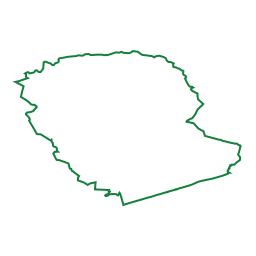 the district of Bilskas pag., Smiltenes, Latvia
{"feature_id": "27541924B86975259147781", "entity_name": "Bilskas pag.", "entity_type": "district", "adm_level": 2, "iso_a3": "LVA", "parent_name": "Latvia", "parent_adm1": "Smiltenes", "projection": "equal_earth", "projection_center": [26.046, 57.482], "detail": "fine", "context": "isolated", "style": "outline", "palette": "green", "viewbox_px": 256, "rotation_deg": 0, "n_neighbors": 0, "source": "geoboundaries", "source_scale": "gbopen_adm2", "svg_char_len": 5371}
<svg xmlns="http://www.w3.org/2000/svg" viewBox="0 0 256 256"><path d="M229.2,172.7L228.5,172.3L228.3,172.1L228.1,172.2L227.8,170.5L228.3,170.0L228.4,169.4L229.0,169.0L229.4,168.6L229.5,168.4L229.4,168.3L229.0,168.1L229.6,166.8L230.2,166.5L230.6,165.9L230.3,165.4L231.5,165.3L231.5,164.7L234.5,164.6L235.9,163.1L236.8,162.3L239.6,160.3L240.0,159.8L240.1,158.1L240.2,157.4L239.4,156.3L238.7,155.5L238.6,155.3L238.1,154.6L239.0,152.0L240.0,148.3L240.1,147.8L240.1,146.9L240.6,146.4L240.5,145.9L240.3,145.7L240.1,145.4L238.2,144.8L237.0,143.6L234.9,143.7L233.1,143.2L231.3,142.9L229.2,142.4L226.7,141.8L226.5,141.7L224.7,141.2L223.8,141.2L222.6,140.9L221.0,139.9L220.8,139.8L219.4,139.8L205.0,135.9L203.4,131.2L203.2,131.2L202.1,130.6L198.5,128.6L193.7,123.3L191.5,122.8L189.7,122.4L186.5,121.7L186.6,121.4L186.8,121.1L187.0,120.8L187.7,120.4L190.2,119.0L192.3,118.2L195.0,114.7L197.6,109.5L198.9,108.2L199.1,108.1L200.0,107.1L201.7,105.6L203.2,104.0L200.4,101.5L198.1,99.3L197.5,96.2L197.5,93.5L192.3,91.0L190.9,89.3L191.9,88.2L193.2,87.5L192.1,86.8L190.0,86.7L188.9,85.7L188.5,85.1L187.1,82.8L185.0,78.5L186.1,77.6L185.8,76.1L183.5,74.7L183.0,73.3L183.3,72.2L183.3,70.8L183.0,70.8L182.7,70.7L182.4,70.7L180.9,70.0L180.8,69.9L179.9,69.0L179.4,68.7L178.2,68.5L176.2,67.5L175.6,67.3L174.2,67.2L173.5,67.0L173.4,66.9L173.3,66.7L173.3,66.1L173.1,64.7L173.1,64.4L173.2,64.2L173.5,63.8L173.7,63.5L173.5,63.4L171.2,62.3L170.3,62.0L168.9,62.0L168.3,61.9L168.0,61.7L166.5,60.1L166.3,59.6L166.1,58.7L165.9,58.3L164.1,57.3L163.5,57.0L159.5,55.8L158.5,55.8L155.5,56.4L155.1,56.6L154.9,56.9L154.6,57.2L154.2,57.3L153.8,57.1L153.7,57.1L153.3,56.8L153.1,56.7L152.7,56.4L152.1,56.2L151.9,56.1L151.6,56.0L151.4,56.0L151.2,55.9L150.2,56.0L148.6,55.6L142.2,54.9L137.7,51.7L132.9,51.1L132.6,51.2L132.3,51.3L132.2,51.5L131.9,51.9L131.6,52.2L128.9,53.2L123.3,52.8L122.9,52.6L122.1,52.1L121.6,51.9L121.3,51.9L121.1,51.9L119.7,52.5L119.3,52.6L118.3,52.6L116.8,52.4L116.0,52.4L115.6,52.5L114.3,52.9L110.6,54.1L109.3,54.5L107.9,55.0L107.2,55.2L106.3,54.9L105.9,54.9L104.4,55.2L103.8,55.2L102.7,54.8L101.6,54.7L96.8,54.7L95.8,54.8L95.2,54.8L93.9,54.9L90.8,55.1L90.4,55.0L89.0,54.2L88.7,54.0L88.0,54.0L86.7,54.1L85.2,54.3L84.9,54.3L84.7,54.4L84.0,55.1L83.8,55.1L82.9,55.6L82.6,55.7L81.9,55.7L78.2,55.3L77.9,55.4L76.9,55.9L76.5,56.0L74.5,56.2L73.2,56.3L71.2,56.5L68.2,56.8L67.0,56.9L66.0,57.2L59.4,58.4L59.2,58.5L58.6,59.1L58.5,59.3L58.5,59.5L58.5,59.9L58.7,60.7L58.7,61.5L58.6,61.8L58.3,62.2L57.8,62.5L55.8,63.1L55.3,63.2L55.0,63.5L54.7,63.8L54.2,64.6L54.1,64.8L53.8,65.0L53.6,65.0L53.2,65.1L52.8,65.1L52.5,65.1L52.1,64.9L51.8,64.7L51.4,64.2L50.9,63.6L50.3,63.4L48.7,62.9L45.6,61.7L45.0,61.7L44.5,61.9L44.2,62.0L43.8,62.3L43.6,62.6L43.6,63.0L43.5,64.5L43.2,68.6L40.8,71.8L40.6,72.0L40.3,72.1L39.8,72.1L38.6,71.9L38.4,71.8L36.9,70.5L36.8,70.4L36.5,70.3L36.2,70.3L35.9,70.4L35.5,70.5L35.3,70.7L35.0,71.2L34.8,71.4L34.3,72.1L34.0,72.4L33.7,72.5L30.8,73.2L30.2,73.4L29.8,73.4L29.3,73.1L28.5,72.4L28.3,72.2L27.7,72.2L27.2,72.3L25.0,73.5L25.3,73.7L25.9,74.0L26.1,74.2L26.2,74.4L26.1,75.5L26.0,76.1L25.9,76.5L26.0,76.8L26.3,77.2L26.6,77.5L27.7,78.1L19.6,80.9L18.2,81.3L15.4,81.9L23.6,86.2L22.5,90.1L20.9,96.9L25.7,99.8L26.7,100.5L29.3,102.5L30.8,104.2L30.9,104.3L31.7,104.5L32.4,104.8L34.5,104.8L34.8,105.2L35.0,105.4L36.2,106.0L36.4,106.2L36.5,106.3L36.5,106.6L36.5,106.8L36.6,107.0L36.3,107.3L36.3,107.5L36.2,107.5L35.9,107.8L35.6,108.2L35.6,108.3L35.4,108.4L35.4,108.5L35.2,108.6L35.1,108.8L34.8,109.1L34.7,109.4L34.2,109.8L34.3,109.9L34.2,110.0L34.0,110.3L33.6,110.6L33.3,111.0L33.0,111.1L32.8,111.3L32.3,111.4L31.6,111.7L30.6,112.0L26.9,112.6L25.9,113.9L25.9,114.1L26.0,114.4L26.1,114.5L28.6,117.0L28.9,117.5L29.5,118.7L29.7,119.1L29.8,119.3L29.8,119.6L29.7,119.8L29.1,120.6L34.1,129.1L34.6,129.9L34.9,130.7L35.5,131.6L36.4,133.2L37.0,134.1L40.3,134.3L40.8,134.4L45.3,137.2L46.3,137.8L48.9,139.4L50.7,140.5L51.5,139.8L51.8,141.7L52.0,142.3L52.7,142.8L52.8,143.1L52.9,143.8L53.0,144.6L52.9,145.1L53.0,145.5L53.1,145.9L53.4,146.2L53.8,146.5L56.0,147.3L56.4,147.5L56.6,147.7L56.8,148.1L56.9,148.6L56.9,149.5L56.8,150.1L56.8,150.5L56.9,150.8L57.9,151.7L54.6,151.9L54.0,152.6L53.3,153.6L54.6,156.1L55.0,157.1L55.4,157.8L56.4,159.5L56.5,159.5L56.7,159.9L58.2,160.1L59.5,160.2L60.7,160.7L64.6,162.0L68.5,163.5L69.2,166.3L69.8,168.6L71.3,168.9L71.7,170.5L71.8,170.8L72.4,171.1L73.3,171.6L74.3,172.5L74.9,173.0L79.1,176.0L78.4,177.1L78.3,177.5L78.0,177.8L77.9,180.4L78.4,180.5L81.2,181.5L84.1,182.6L85.8,183.7L86.8,184.3L87.7,184.9L90.5,183.3L95.6,182.3L95.0,189.4L108.8,190.0L108.6,190.4L108.7,191.3L109.2,191.4L109.9,191.5L109.0,193.1L105.2,195.4L105.6,196.0L106.7,196.0L108.3,195.3L109.5,194.3L110.7,194.2L113.3,194.0L116.0,194.1L116.8,194.7L117.9,195.4L118.6,194.5L119.5,192.8L120.0,193.5L120.4,194.6L121.1,196.6L122.2,200.7L123.4,204.5L123.4,204.9L130.8,202.6L140.1,199.9L140.5,199.8L140.8,199.8L140.8,199.7L149.0,197.3L150.8,196.9L153.3,196.1L158.3,194.5L158.8,194.4L159.0,194.5L163.6,193.0L165.3,192.6L166.8,192.3L166.6,192.1L169.2,191.3L170.7,191.0L173.1,190.2L176.6,189.4L176.4,189.2L176.9,189.1L180.4,188.0L181.4,187.8L188.3,185.8L190.1,185.2L192.2,184.5L197.6,182.1L198.9,181.6L200.0,181.3L202.8,180.6L208.8,179.4L211.7,178.8L213.7,178.3L220.1,176.4L221.0,176.2L223.7,175.3L226.0,174.5L226.0,174.4L226.9,174.1L229.4,172.9L229.1,172.7L229.2,172.7Z" fill="none" stroke="#15803d" stroke-width="2"/></svg>